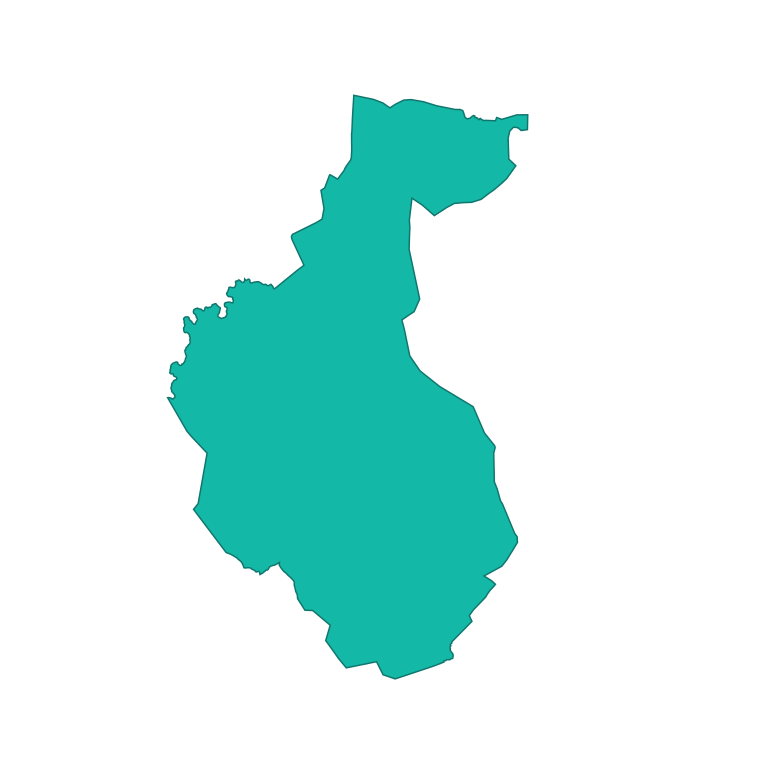 outline of Suru, Kebbi, Nigeria, rotated 162°
{"feature_id": "59680162B61567493958965", "entity_name": "Suru", "entity_type": "district", "adm_level": 2, "iso_a3": "NGA", "parent_name": "Nigeria", "parent_adm1": "Kebbi", "projection": "robinson", "projection_center": [4.167, 11.787], "detail": "fine", "context": "isolated", "style": "filled", "palette": "teal", "viewbox_px": 768, "rotation_deg": 162, "n_neighbors": 0, "source": "geoboundaries", "source_scale": "gbopen_adm2", "svg_char_len": 6171}
<svg xmlns="http://www.w3.org/2000/svg" viewBox="0 0 768 768"><g transform="rotate(162 384 384)"><path d="M328.3,174.3L321.7,178.7L311.9,187.0L306.0,192.2L304.6,197.6L305.9,201.7L308.4,233.4L309.3,236.9L308.8,249.2L309.3,256.8L301.0,284.3L298.0,289.1L297.8,291.0L303.6,306.4L306.2,334.8L331.9,364.5L345.6,385.2L350.8,402.7L347.8,429.4L347.2,439.4L338.2,442.1L333.0,443.5L323.8,453.8L318.5,504.4L313.4,518.6L311.0,524.9L309.3,531.9L300.0,552.1L292.2,542.2L284.1,528.6L269.8,532.5L261.3,534.0L252.6,532.0L244.5,529.7L234.6,529.6L225.2,532.9L219.7,534.6L212.7,537.4L208.8,539.1L203.9,541.4L191.2,550.8L195.8,559.4L190.0,579.4L186.2,585.7L181.5,588.2L178.5,586.9L177.1,585.9L175.2,582.7L169.0,581.6L164.1,595.6L174.5,598.9L190.2,599.3L194.5,602.6L196.6,599.9L206.4,603.5L207.6,603.6L209.8,605.7L210.1,606.7L211.0,606.8L211.6,606.1L212.5,606.4L212.8,607.7L213.5,608.7L214.7,609.1L215.2,609.4L214.8,610.8L215.8,611.6L216.8,611.5L217.9,611.1L220.3,610.2L223.2,610.6L224.5,612.5L224.5,617.6L224.6,619.6L226.7,621.5L231.3,623.0L247.9,632.3L259.3,640.3L270.3,646.1L277.5,647.9L286.4,646.6L293.1,644.8L298.2,651.6L306.0,657.9L323.5,667.9L331.3,648.1L336.8,633.3L337.5,632.1L342.5,616.2L345.1,609.5L346.4,607.4L352.7,602.8L353.5,601.8L354.1,601.6L356.0,599.4L364.8,593.2L370.3,599.4L371.1,599.7L379.8,588.8L384.1,587.7L386.8,569.5L391.9,560.0L398.1,558.5L424.8,554.6L426.4,553.0L426.7,551.9L426.8,549.5L423.6,523.4L423.5,521.6L430.9,519.1L458.3,508.5L459.3,508.8L459.5,509.5L459.7,511.5L460.2,512.5L460.6,513.6L461.3,513.8L462.9,513.2L463.8,513.3L464.6,513.7L464.9,514.5L465.8,515.4L467.7,515.7L468.6,516.3L469.7,518.0L471.5,519.9L473.6,520.6L476.1,521.0L478.4,521.0L479.5,521.3L480.0,522.2L479.5,524.2L479.8,525.0L480.4,525.6L481.1,525.6L481.8,525.3L482.8,525.2L483.5,525.5L484.0,526.9L485.0,524.8L485.9,524.2L487.0,524.2L487.7,524.7L488.7,526.4L489.8,527.8L490.4,527.8L491.7,527.1L492.7,527.7L493.5,527.4L493.7,526.8L493.8,525.0L494.3,524.1L495.0,523.2L496.1,522.2L496.7,521.9L497.6,522.4L498.3,522.4L500.4,523.7L501.6,523.7L502.4,522.2L503.2,521.5L503.7,520.5L504.1,520.0L505.2,519.4L505.8,518.5L505.8,517.6L505.6,516.7L505.2,515.8L504.6,515.0L503.2,514.6L502.3,514.0L501.4,513.2L501.1,512.4L501.8,511.4L501.3,510.4L501.5,509.8L502.7,507.9L503.4,508.1L504.3,508.6L505.0,509.3L505.6,509.6L506.9,510.1L509.3,510.2L509.8,510.4L510.9,509.6L511.2,508.9L511.5,507.1L511.1,506.3L510.3,505.8L509.9,505.2L509.9,504.3L510.2,503.4L511.4,502.0L511.6,500.7L511.5,499.6L511.9,498.6L514.1,496.6L518.2,496.5L518.7,497.0L519.6,497.6L520.2,498.3L520.7,498.9L521.1,499.8L520.8,500.5L520.4,501.2L519.6,502.0L518.6,502.5L517.6,504.4L517.1,505.3L516.5,506.2L516.2,507.1L516.9,508.0L517.5,508.6L517.9,509.6L518.7,511.2L518.9,512.0L519.2,512.3L520.1,512.7L520.6,512.6L521.2,512.1L522.0,512.5L522.8,512.5L523.2,511.9L523.8,511.3L524.6,510.8L525.5,510.6L526.3,511.0L527.3,511.0L528.2,510.7L528.6,511.7L529.4,512.1L530.1,512.2L530.6,511.8L531.6,510.2L532.4,509.5L532.8,509.2L533.3,509.4L533.7,509.8L534.2,510.4L534.5,511.2L535.0,511.8L536.5,512.4L538.0,513.8L540.2,513.8L541.3,513.6L542.2,513.1L542.9,511.8L543.1,510.8L543.1,510.0L542.8,509.5L542.2,509.0L541.9,508.2L541.6,506.3L541.9,505.7L541.7,504.9L541.5,504.3L541.4,503.6L541.5,503.0L542.6,501.7L543.8,500.9L544.3,500.4L544.5,499.8L545.1,499.3L545.6,499.4L546.1,499.6L546.5,499.9L547.5,501.6L547.6,503.1L548.1,503.5L548.8,504.7L549.0,505.3L549.2,505.8L549.2,506.5L549.0,507.1L549.0,507.5L549.4,508.1L550.2,508.6L552.1,509.1L553.1,508.9L553.8,508.5L554.4,508.0L554.6,507.3L554.5,505.5L555.2,503.9L555.1,502.5L555.6,500.8L556.1,500.1L556.9,499.6L557.4,499.1L557.5,498.3L558.0,495.7L557.8,495.0L557.4,494.4L556.9,494.2L556.3,494.3L555.7,494.1L555.3,493.5L554.8,493.2L554.4,492.1L554.0,491.5L553.8,491.0L553.9,490.3L554.2,489.7L554.1,488.9L554.0,488.0L554.2,487.3L554.7,486.9L555.0,486.0L555.3,484.2L555.8,482.8L556.4,482.3L557.1,481.9L557.8,481.7L559.7,480.2L560.8,480.0L561.1,479.6L561.8,478.2L562.8,477.8L563.0,477.4L563.3,476.2L563.3,475.1L563.5,473.9L563.3,471.8L563.5,470.9L564.8,469.7L565.6,468.3L566.8,466.7L567.3,466.3L567.7,466.3L568.3,465.5L568.9,465.2L569.9,465.5L571.0,464.4L571.7,464.5L572.4,464.7L573.6,466.6L573.8,467.1L573.6,468.3L574.1,468.9L575.6,469.2L578.0,469.0L578.8,468.6L579.9,468.3L580.3,468.0L581.4,466.6L581.9,465.2L583.0,463.6L583.4,462.6L583.5,461.8L583.9,461.5L584.3,460.9L584.1,460.3L583.7,459.7L582.9,459.2L581.7,458.8L581.3,458.5L581.6,457.1L581.4,456.5L581.0,456.0L579.6,454.9L579.2,454.2L579.3,453.3L579.6,452.8L580.5,452.2L581.0,452.4L581.9,452.4L582.7,452.2L583.3,451.8L584.0,451.2L585.8,449.8L586.2,449.0L586.4,447.9L587.5,446.7L587.9,445.7L588.0,444.6L587.8,443.4L588.1,442.9L588.2,442.3L587.3,440.4L586.4,437.9L586.8,436.2L588.9,435.1L590.2,435.1L590.5,436.0L591.4,436.7L592.8,437.6L594.0,437.8L585.9,399.6L583.3,393.4L573.6,372.9L597.7,327.7L603.9,323.6L586.2,272.5L582.8,269.8L579.7,266.5L577.4,263.7L576.9,262.4L576.1,261.2L575.4,260.2L574.9,259.3L574.6,258.3L574.3,257.4L573.9,253.8L574.0,252.6L572.6,251.8L571.7,251.6L571.0,251.6L569.0,250.9L567.8,250.2L567.4,249.7L567.3,249.2L565.9,247.8L565.4,247.6L564.6,246.3L564.2,246.1L563.9,245.2L563.7,244.7L561.1,244.6L560.6,243.6L560.5,243.3L560.6,242.7L560.7,242.3L560.8,241.1L557.8,241.7L554.1,243.2L553.2,243.4L552.7,243.2L552.2,243.1L551.6,243.4L549.5,245.2L549.0,245.5L547.7,245.8L543.4,245.6L538.5,246.6L539.6,244.3L538.9,241.3L538.4,239.8L537.2,236.6L536.2,235.3L535.3,233.8L534.3,231.5L533.1,229.6L532.1,227.7L530.6,224.4L530.7,223.0L531.6,220.0L531.6,217.4L532.0,214.7L531.9,212.7L531.6,210.5L532.5,206.5L529.1,193.3L521.8,190.6L509.7,171.2L518.7,158.0L514.0,143.3L512.0,136.8L507.6,125.7L476.9,122.2L474.7,107.7L464.5,100.1L424.4,100.4L414.7,100.9L413.9,101.1L413.1,100.9L412.7,101.9L412.3,102.4L410.9,101.8L409.2,102.4L406.8,101.4L405.0,101.9L404.1,101.8L403.5,101.9L402.7,103.1L402.2,104.1L402.0,105.3L402.0,106.6L402.6,107.8L403.3,110.0L402.9,111.2L402.6,111.8L402.7,112.9L402.2,113.8L401.4,114.2L401.2,114.7L401.4,115.6L401.0,116.2L399.7,116.5L399.2,117.8L373.7,131.1L374.5,137.3L368.9,141.5L353.2,149.9L350.7,152.2L346.7,155.1L342.3,157.5L339.9,159.1L342.3,163.4L348.2,170.5L328.3,174.3Z" fill="#14b8a6" stroke="#0f766e" stroke-width="1.5"/></g></svg>